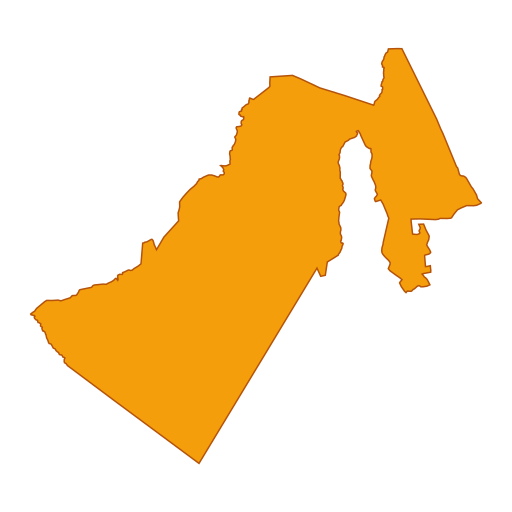 Buuri, Eastern, Kenya
{"feature_id": "3690345B42438423970575", "entity_name": "Buuri", "entity_type": "district", "adm_level": 2, "iso_a3": "KEN", "parent_name": "Kenya", "parent_adm1": "Eastern", "projection": "robinson", "projection_center": [37.421, 0.09], "detail": "fine", "context": "isolated", "style": "filled", "palette": "amber", "viewbox_px": 512, "rotation_deg": 0, "n_neighbors": 0, "source": "geoboundaries", "source_scale": "gbopen_adm2", "svg_char_len": 6001}
<svg xmlns="http://www.w3.org/2000/svg" viewBox="0 0 512 512"><path d="M401.9,48.7L397.3,48.6L388.4,48.9L387.7,51.7L387.3,52.4L386.5,52.7L386.0,53.1L385.0,54.9L384.7,56.0L384.1,56.9L383.8,59.0L383.0,60.5L382.3,61.4L381.7,63.7L382.0,64.7L382.5,65.2L382.5,67.0L383.9,67.3L384.2,68.0L383.7,68.9L383.8,71.0L383.6,71.6L383.5,73.4L383.7,74.0L383.7,76.1L384.1,77.6L383.0,79.5L382.7,81.3L382.1,81.6L381.1,85.4L381.2,86.3L382.0,86.5L382.6,86.9L382.7,89.2L382.0,89.7L382.2,90.8L381.7,92.7L380.2,94.3L379.5,95.4L379.8,96.3L378.6,97.6L377.4,99.3L375.1,101.2L374.6,102.0L374.4,103.3L373.7,105.2L344.8,95.6L319.8,87.9L301.2,79.1L292.5,75.4L270.1,76.9L269.8,82.9L269.9,86.3L268.8,87.6L253.6,99.4L252.8,99.3L249.8,98.0L249.4,98.6L249.4,99.5L248.9,100.7L248.9,102.4L248.5,103.5L247.8,104.2L247.1,104.3L245.9,104.9L243.3,107.2L242.7,107.5L242.0,108.2L242.1,109.3L241.4,109.9L241.5,111.0L239.5,111.7L239.1,112.2L238.9,114.4L239.6,115.0L240.4,115.1L240.6,116.1L242.9,116.9L243.6,116.7L243.8,117.9L243.6,119.2L243.0,119.9L242.1,120.3L241.6,120.8L241.2,121.7L241.2,123.7L241.8,124.6L241.5,125.6L240.8,126.1L239.9,126.4L236.6,126.8L236.2,127.5L236.3,128.7L237.3,130.7L237.3,132.0L236.3,135.3L234.9,136.7L234.9,137.6L235.5,138.5L235.7,139.3L235.7,140.2L235.3,142.1L234.2,144.6L233.2,145.5L232.9,146.5L232.3,147.1L232.1,147.8L232.3,149.3L232.2,150.0L231.6,150.5L230.4,150.7L229.9,151.5L229.6,153.9L230.1,156.1L230.2,158.4L230.4,159.5L229.9,160.9L229.9,162.0L230.1,163.5L229.9,164.3L229.1,164.5L226.9,165.6L225.2,165.9L222.6,165.8L221.6,165.5L220.7,165.6L222.8,167.6L223.8,169.7L223.2,171.1L224.3,172.5L224.2,173.7L223.6,174.6L222.9,174.9L220.3,174.9L219.2,176.5L218.5,177.0L217.1,176.9L214.7,175.9L211.7,175.0L208.5,175.0L203.6,177.1L201.3,178.6L199.1,179.1L199.0,180.0L198.5,180.8L197.6,181.6L196.6,183.6L193.7,186.5L190.1,189.4L186.2,193.5L182.8,197.4L179.6,201.8L179.7,207.0L178.9,210.5L178.1,212.9L178.6,220.9L163.9,237.1L156.5,249.7L154.2,244.5L153.2,240.9L152.8,240.2L151.9,239.3L151.1,239.5L146.8,241.9L144.8,242.2L144.2,242.8L142.7,243.1L141.0,263.8L138.3,266.0L134.0,268.6L132.1,270.2L130.5,270.5L129.1,270.0L128.2,270.1L124.8,271.8L122.6,272.6L122.7,273.7L122.2,274.4L119.7,274.3L118.0,275.1L117.6,275.9L118.0,279.6L117.7,280.3L116.3,278.4L115.5,278.4L113.7,280.3L111.5,281.7L107.7,283.4L106.3,284.3L103.1,284.1L94.3,285.0L92.9,285.6L91.8,287.1L91.2,287.4L80.4,289.6L79.7,289.8L79.1,290.5L78.7,291.8L76.6,295.0L75.9,295.4L72.2,295.6L70.2,297.8L63.9,299.8L62.4,300.4L60.7,300.8L58.1,300.1L52.2,300.5L46.7,300.4L44.5,301.8L36.8,308.2L35.6,309.7L34.7,311.2L32.7,312.4L30.7,314.0L31.2,314.9L32.5,315.0L33.1,315.4L34.5,315.6L34.9,316.3L34.3,317.1L34.4,317.9L34.8,318.6L36.1,319.9L37.5,320.3L38.0,322.5L39.1,322.7L40.8,323.9L40.6,324.8L40.5,325.9L41.1,326.6L41.9,326.9L42.3,327.5L41.9,328.6L42.7,330.9L43.5,330.8L43.9,331.4L45.0,332.1L45.6,334.2L46.0,334.8L46.6,337.8L47.9,340.4L48.5,342.4L49.1,343.5L50.8,343.9L51.5,344.7L53.3,348.1L55.1,348.9L55.6,349.6L56.0,350.6L57.7,352.1L58.3,352.3L58.8,353.0L59.1,354.1L60.0,354.8L61.5,354.9L62.1,355.4L62.8,357.0L64.7,357.6L64.8,358.5L64.3,359.2L64.2,360.0L64.2,361.9L64.6,362.8L66.0,363.5L67.5,365.6L114.7,400.9L199.0,463.4L317.0,268.1L320.7,276.3L325.3,275.3L327.3,262.0L338.2,255.2L338.5,254.2L340.1,252.1L340.3,251.2L340.8,250.7L340.9,249.8L341.5,249.0L341.9,247.8L342.0,246.4L342.9,244.6L343.1,243.5L342.6,243.0L341.8,243.1L341.2,242.8L340.6,241.1L341.2,240.4L341.7,237.3L341.2,235.5L340.5,234.4L340.4,233.6L340.4,231.8L340.9,230.1L340.8,227.7L339.1,224.1L338.9,222.0L338.6,221.1L338.9,217.3L339.6,212.3L339.3,211.4L338.7,210.5L338.7,209.1L339.2,206.7L340.1,205.9L341.3,205.3L341.7,204.4L343.1,202.6L344.1,200.8L344.7,199.2L346.0,194.7L345.8,193.2L343.5,191.1L342.7,189.2L343.1,188.3L343.1,187.3L342.6,186.3L342.5,185.2L343.0,184.1L342.9,183.0L342.3,182.2L342.1,181.0L341.3,180.3L341.1,179.4L340.2,178.2L340.3,172.1L339.8,170.2L339.9,168.0L339.3,165.5L338.3,163.4L338.2,162.7L338.2,161.8L339.3,159.0L339.5,157.8L339.5,155.9L338.9,154.8L340.0,152.8L340.3,150.2L340.8,148.6L342.0,146.9L342.7,146.6L345.1,142.0L348.3,140.4L349.6,139.1L354.6,137.4L356.5,136.0L356.7,135.3L357.5,133.9L357.6,133.0L356.5,132.1L356.4,131.3L358.2,130.6L359.4,132.4L360.5,134.3L360.6,135.1L363.8,142.0L365.3,145.2L366.0,146.2L366.9,147.0L369.5,148.6L370.2,148.4L370.9,148.7L371.0,152.1L371.9,153.6L372.1,155.9L371.8,158.6L371.1,160.4L370.7,162.0L370.6,163.5L370.1,165.3L370.0,168.4L371.9,171.0L371.9,172.6L371.3,175.5L371.5,176.4L373.1,179.9L374.1,181.7L375.6,185.5L375.8,187.9L375.3,189.5L375.3,190.3L375.7,191.3L377.4,194.2L376.6,195.9L375.3,197.2L374.4,198.7L374.6,199.5L375.2,201.2L375.7,201.6L380.7,200.0L383.1,204.1L387.2,213.9L387.7,215.7L388.8,218.1L383.1,242.9L383.1,244.0L382.0,247.7L381.7,250.7L382.0,252.6L382.6,253.9L383.9,255.6L385.5,257.4L388.7,260.5L390.1,262.5L390.1,264.1L388.3,268.7L389.9,270.7L396.6,275.6L399.6,277.6L402.0,279.7L400.0,282.1L399.6,282.9L401.3,286.6L404.5,291.2L406.0,292.6L407.3,291.1L411.0,291.3L411.7,291.0L413.3,289.3L414.4,288.9L417.2,286.3L417.8,286.0L418.6,285.7L419.5,285.8L420.8,286.8L422.9,286.8L426.9,286.2L429.9,284.8L427.7,280.5L426.9,279.2L425.4,277.6L424.5,277.2L424.0,276.5L423.5,275.6L422.1,274.1L423.1,273.6L430.7,272.2L430.8,270.5L430.3,265.7L427.4,266.4L425.5,266.6L424.6,255.7L424.9,255.1L428.9,254.1L430.4,252.9L430.7,252.2L429.6,249.8L427.4,246.3L426.7,244.9L427.6,242.0L428.5,240.3L428.8,239.3L429.2,236.4L428.9,235.4L426.0,230.0L423.6,224.1L418.8,224.3L420.3,227.9L420.0,229.0L419.1,230.7L419.2,231.4L419.8,232.4L419.8,233.1L419.3,233.6L418.2,234.2L416.8,234.5L412.6,234.1L411.1,221.1L411.1,219.1L419.8,218.9L435.6,219.6L438.5,219.2L440.1,218.4L447.0,218.5L450.6,218.2L451.5,217.8L454.1,213.9L457.5,209.8L461.0,208.0L466.7,205.6L473.6,205.7L476.6,205.3L481.0,203.3L481.3,202.7L477.6,198.8L476.5,195.0L475.9,193.9L473.1,189.0L471.2,186.6L466.5,178.4L465.6,177.3L463.7,176.1L461.1,175.8L459.5,174.6L457.7,168.0L457.3,167.4L456.6,166.9L443.0,133.7L440.7,128.9L436.7,119.2L401.9,48.7Z" fill="#f59e0b" stroke="#b45309" stroke-width="1.5"/></svg>